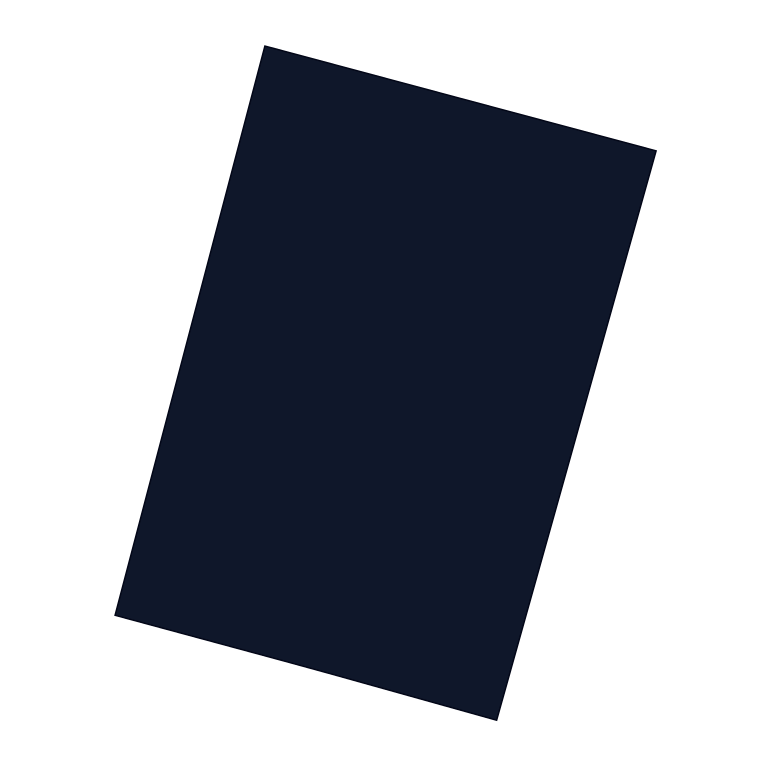 the district of Sarmiento, Chubut, Argentina, rotated 195°
{"feature_id": "61730980B44143601291146", "entity_name": "Sarmiento", "entity_type": "district", "adm_level": 2, "iso_a3": "ARG", "parent_name": "Argentina", "parent_adm1": "Chubut", "projection": "mercator", "projection_center": [-68.999, -45.341], "detail": "fine", "context": "isolated", "style": "filled", "palette": "ink", "viewbox_px": 768, "rotation_deg": 195, "n_neighbors": 0, "source": "geoboundaries", "source_scale": "gbopen_adm2", "svg_char_len": 310}
<svg xmlns="http://www.w3.org/2000/svg" viewBox="0 0 768 768"><g transform="rotate(195 384 384)"><path d="M188.2,88.4L185.1,356.8L184.0,462.2L181.5,679.6L389.8,679.6L586.5,679.6L585.5,453.5L585.4,429.4L583.9,91.0L413.4,90.6L362.7,90.3L188.2,88.4Z" fill="#0f172a" stroke="#020617" stroke-width="1.5"/></g></svg>